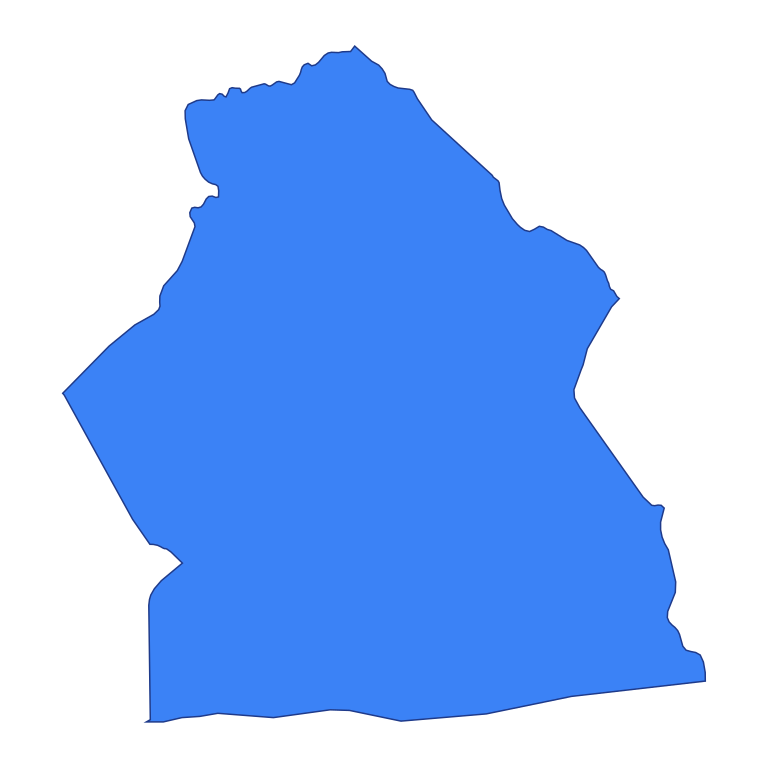 map outline of Alibori (orthographic projection)
{"feature_id": "BEN-2170", "entity_name": "Alibori", "entity_type": "Department", "adm_level": 1, "iso_a3": "BEN", "parent_name": "Benin", "parent_adm1": "", "projection": "orthographic", "projection_center": [2.909, 11.459], "detail": "fine", "context": "isolated", "style": "filled", "palette": "blue", "viewbox_px": 768, "rotation_deg": 0, "n_neighbors": 0, "source": "natural_earth", "source_scale": "10m", "svg_char_len": 2437}
<svg xmlns="http://www.w3.org/2000/svg" viewBox="0 0 768 768"><path d="M619.3,298.6L611.6,306.8L587.3,348.7L583.1,364.9L580.9,370.4L573.9,389.7L574.5,398.0L579.8,407.7L643.1,497.1L651.7,505.3L654.6,505.7L657.9,505.1L658.3,505.1L661.2,505.3L664.2,508.1L660.6,522.1L660.6,529.9L662.1,537.1L664.7,543.6L668.3,549.8L675.7,581.9L675.3,592.4L667.7,611.4L667.3,617.6L669.1,621.9L671.9,624.9L675.0,627.5L677.7,630.6L679.5,634.4L682.8,646.2L686.1,650.2L690.7,651.5L695.7,652.5L700.2,655.0L703.4,662.0L705.2,672.4L705.3,681.1L705.2,681.1L571.4,696.4L486.3,713.9L401.0,721.1L349.4,710.4L330.1,709.8L273.4,717.6L217.8,713.3L199.8,716.4L181.9,717.6L163.4,721.9L146.4,721.9L150.3,719.7L148.8,605.3L149.5,599.4L150.8,595.0L154.4,588.7L161.4,580.6L182.4,563.1L170.9,551.9L166.8,549.0L165.9,548.7L164.3,548.6L162.5,547.8L160.8,546.8L157.6,545.3L153.3,544.4L149.9,544.3L132.6,519.3L64.3,395.2L62.7,393.3L109.2,346.0L134.9,324.9L153.8,314.3L158.7,309.6L160.0,306.2L159.7,302.2L159.9,296.0L163.7,285.8L177.3,270.6L182.2,261.3L195.0,226.6L194.3,222.9L190.2,216.7L189.8,212.7L191.8,208.1L194.7,207.3L198.1,207.8L201.1,206.9L203.5,204.2L206.2,199.0L208.7,196.5L212.2,196.1L215.9,197.5L218.5,196.9L218.7,190.8L218.0,186.3L215.7,184.6L212.3,183.8L208.6,182.1L205.0,179.1L202.5,176.2L200.5,172.6L188.7,138.9L185.3,118.9L185.1,110.7L188.2,104.5L196.7,100.6L201.5,99.9L209.5,100.3L214.0,99.9L214.9,98.9L217.8,94.9L219.6,93.6L222.2,94.2L224.2,96.3L226.0,96.9L228.0,93.1L229.6,88.7L232.1,87.7L235.4,88.2L239.5,88.3L240.5,89.1L241.1,91.1L242.1,92.7L244.8,92.5L246.8,91.3L250.0,88.3L251.6,87.2L264.1,83.8L265.5,84.1L268.5,85.9L270.2,86.1L272.3,85.0L276.6,81.9L279.0,81.4L291.4,84.7L294.6,82.9L299.5,75.1L300.6,72.3L301.3,69.5L302.3,66.9L304.2,64.8L308.0,63.3L311.7,65.8L315.4,64.9L318.6,62.3L324.3,55.5L328.1,53.0L331.5,52.3L338.6,52.6L342.2,51.8L350.6,51.5L354.7,46.1L371.6,61.2L378.7,65.1L382.2,68.9L385.0,73.4L387.2,81.4L390.1,84.4L394.0,86.5L398.1,88.0L409.7,89.3L412.7,90.3L414.0,92.1L417.4,98.8L431.7,119.9L492.2,175.3L493.3,177.2L498.0,180.8L499.1,182.7L500.0,190.4L501.7,198.6L504.3,205.1L512.4,218.7L517.4,224.5L520.4,227.3L524.7,230.3L529.6,231.5L534.3,229.3L539.3,226.3L543.4,227.1L547.2,229.4L551.1,230.6L566.9,240.4L579.8,245.0L583.7,247.7L586.5,250.4L598.4,267.3L600.7,269.4L602.7,270.6L604.3,272.1L605.6,274.9L607.4,280.6L608.7,283.3L609.4,286.5L610.6,289.2L613.6,290.8L616.9,296.5L619.3,298.6Z" fill="#3b82f6" stroke="#1e3a8a" stroke-width="1.5"/></svg>